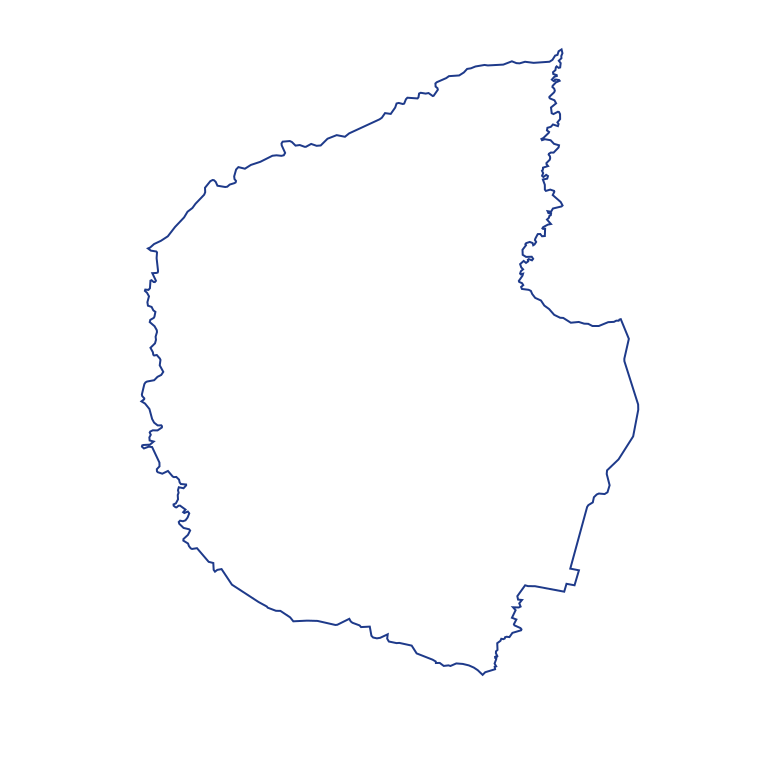 Makueni, Eastern, Kenya (Robinson projection), rotated 261°
{"feature_id": "3690345B23299491685856", "entity_name": "Makueni", "entity_type": "district", "adm_level": 2, "iso_a3": "KEN", "parent_name": "Kenya", "parent_adm1": "Eastern", "projection": "robinson", "projection_center": [37.731, -1.955], "detail": "fine", "context": "isolated", "style": "outline", "palette": "blue", "viewbox_px": 768, "rotation_deg": 261, "n_neighbors": 0, "source": "geoboundaries", "source_scale": "gbopen_adm2", "svg_char_len": 6145}
<svg xmlns="http://www.w3.org/2000/svg" viewBox="0 0 768 768"><g transform="rotate(261 384 384)"><path d="M153.6,298.3L153.5,300.2L157.5,313.0L154.7,314.0L153.1,315.5L149.4,322.1L147.5,323.3L146.6,332.0L137.3,332.2L135.3,333.6L133.9,337.2L133.9,340.5L136.2,348.5L132.0,347.3L128.9,348.5L126.1,355.9L125.9,358.6L121.3,370.4L112.8,374.1L104.1,388.9L101.8,391.7L100.3,391.6L99.8,395.4L96.2,398.9L96.0,403.7L95.1,405.5L96.7,411.7L95.2,418.0L92.8,423.8L89.9,428.3L86.7,431.8L81.3,435.9L83.5,438.9L84.9,449.1L87.4,449.1L87.6,450.6L90.6,449.5L94.9,451.9L95.9,451.0L97.1,451.0L97.4,451.9L96.8,452.7L97.4,453.4L100.6,452.4L102.4,452.8L103.6,454.5L110.3,455.3L112.1,458.8L114.0,460.0L113.3,462.1L113.8,463.5L114.9,463.9L115.2,465.5L114.4,468.3L118.1,471.9L119.3,480.9L120.2,481.4L121.6,480.6L125.2,475.1L126.4,474.7L130.7,477.9L133.1,473.8L140.0,478.6L143.3,476.5L142.2,482.1L142.8,484.1L146.2,483.3L149.1,486.5L150.1,482.7L153.6,482.5L163.1,491.9L161.8,494.7L160.7,501.4L150.7,529.5L158.1,533.0L155.4,540.7L169.5,547.4L172.5,539.1L230.8,565.4L232.4,566.9L234.4,571.7L239.3,573.6L241.6,576.8L242.2,579.1L240.8,584.7L242.1,587.8L248.7,591.0L260.3,589.9L263.8,590.8L272.9,603.9L293.3,621.9L318.8,631.1L324.0,631.8L368.9,625.0L371.3,625.3L390.3,632.9L411.0,628.0L410.8,626.6L409.8,625.7L410.2,623.3L409.4,620.8L410.0,615.1L407.7,605.3L408.7,598.9L411.5,595.1L412.3,591.1L414.8,586.1L415.3,578.1L421.2,571.4L421.9,568.3L425.7,562.9L432.2,558.8L436.4,554.6L441.9,552.1L445.4,546.8L449.6,544.5L453.0,543.6L454.4,541.6L456.3,535.1L458.4,534.6L459.9,537.0L462.0,536.1L463.7,533.5L464.7,533.3L469.3,537.7L471.2,538.6L470.9,536.2L471.8,535.7L474.0,536.9L475.5,539.3L477.7,537.8L481.1,537.2L483.7,541.2L481.4,543.2L482.6,545.6L484.2,545.5L484.7,546.5L483.0,549.5L484.3,550.9L486.6,549.8L487.3,544.2L489.9,541.2L494.9,541.8L498.9,546.0L500.0,545.5L500.9,546.5L501.5,550.2L500.0,552.8L497.7,553.1L498.3,554.5L500.5,556.5L502.6,555.6L503.9,556.2L508.0,559.3L507.7,561.8L505.2,563.2L505.0,566.0L512.1,567.4L512.3,565.4L512.9,564.8L514.0,565.7L515.8,570.8L515.9,573.9L520.9,570.7L522.3,572.8L524.2,573.7L524.6,575.1L526.3,575.7L527.1,573.1L529.1,572.6L528.0,575.9L530.9,578.3L531.6,587.1L532.4,588.3L536.1,587.0L544.2,580.2L547.2,582.3L548.1,582.2L550.0,578.6L549.4,574.1L550.8,573.3L555.6,574.0L561.1,572.9L561.3,577.3L563.7,578.5L565.2,576.9L563.5,573.8L564.9,572.7L567.4,574.2L569.9,573.4L570.7,574.4L572.8,574.9L573.6,580.1L575.7,578.9L576.8,579.0L579.6,582.8L581.2,583.5L583.0,583.5L584.8,582.5L585.6,582.9L586.5,585.0L586.0,587.7L590.3,593.4L592.4,594.2L594.6,589.5L598.7,586.7L600.6,581.2L600.1,578.2L601.4,577.8L602.0,579.8L606.3,586.0L607.1,586.5L609.0,584.6L611.5,585.5L611.9,589.0L613.9,591.5L611.5,596.1L613.5,597.1L615.3,596.2L618.1,599.4L623.0,600.1L625.2,599.4L625.7,598.4L624.1,593.6L625.2,592.0L631.0,592.2L634.3,597.9L637.6,596.7L640.0,592.7L641.0,592.1L641.8,592.3L645.5,597.7L646.9,598.6L649.1,598.3L651.0,596.8L652.1,597.2L655.0,601.0L656.0,604.9L656.8,604.5L657.8,601.5L657.9,600.6L656.8,600.1L656.6,599.0L658.4,597.4L660.8,600.3L661.2,602.9L662.1,602.9L663.7,599.7L665.5,599.7L667.2,602.4L669.9,603.3L670.7,604.2L668.9,606.0L669.1,607.5L673.3,608.7L675.9,607.2L678.0,610.2L680.2,610.4L682.8,612.0L686.7,611.7L685.3,608.5L681.9,606.8L681.6,604.4L677.8,601.1L676.4,597.9L677.8,582.0L680.2,573.7L679.5,568.1L680.2,565.0L682.7,560.8L680.8,551.8L682.4,536.4L683.4,533.2L683.3,524.0L682.2,519.2L682.2,515.4L679.2,511.6L677.0,506.5L677.9,496.3L676.4,493.3L673.8,483.3L672.8,481.8L669.7,481.5L667.8,483.1L666.2,483.2L660.9,478.1L660.8,477.2L664.4,473.5L664.3,470.6L665.9,465.8L665.4,464.1L661.8,462.9L660.8,461.8L663.1,451.9L661.8,450.2L657.8,447.8L657.6,446.4L659.3,442.5L659.1,440.3L655.3,438.3L649.7,432.9L651.4,427.4L647.3,423.5L646.1,421.0L637.0,388.8L634.3,384.1L637.2,376.2L635.1,366.6L629.5,358.8L629.8,354.7L632.5,349.6L630.5,344.0L630.7,342.7L633.2,338.2L633.3,333.9L637.4,330.9L638.7,329.0L639.2,321.8L637.6,320.4L635.7,320.3L627.7,322.5L625.6,320.8L625.4,318.4L626.7,313.6L626.9,309.5L622.8,296.6L621.2,286.8L618.4,280.3L621.0,274.1L619.0,271.5L612.5,268.5L609.8,268.4L607.7,269.6L606.3,269.0L605.8,267.7L605.1,262.8L603.4,260.1L603.4,258.0L605.9,250.5L610.0,249.4L611.9,247.9L612.3,246.7L611.5,244.2L605.8,237.9L601.4,237.4L599.1,236.0L591.5,226.0L587.8,222.3L584.9,216.9L579.8,212.6L571.8,202.2L563.7,193.6L560.3,186.0L558.2,178.8L555.4,174.4L554.8,172.1L552.2,174.6L550.5,179.8L549.5,180.4L543.9,179.1L530.8,178.5L529.5,177.9L529.3,176.7L529.7,172.5L521.6,174.9L520.5,173.6L520.8,172.4L522.9,170.6L522.6,169.5L515.2,167.8L513.8,166.1L514.6,163.0L513.4,162.4L511.2,164.2L507.4,165.6L501.8,163.1L498.3,163.1L496.5,166.5L492.8,167.7L491.0,169.5L486.4,167.8L485.3,166.9L483.9,163.2L481.8,162.3L477.0,166.4L472.7,168.0L470.8,167.9L466.4,165.8L463.3,165.7L460.0,164.2L456.3,159.0L451.5,160.7L449.0,160.7L448.1,161.4L448.2,164.1L444.2,166.6L442.8,167.0L437.5,165.4L430.5,167.9L427.8,165.4L426.5,161.4L423.7,157.6L423.5,150.3L422.9,148.7L421.4,147.3L411.5,143.2L409.9,143.3L407.3,145.0L406.4,144.7L404.8,141.7L402.1,144.9L396.0,148.4L385.7,149.5L381.8,150.9L378.5,154.0L378.0,157.6L377.0,158.1L375.8,157.8L373.6,153.1L374.4,148.3L373.6,145.7L372.7,145.0L370.3,145.7L368.0,143.9L364.9,143.7L363.2,147.5L360.7,143.3L361.4,136.9L361.2,135.6L360.0,135.1L357.9,136.8L358.9,141.8L358.0,145.1L341.5,149.9L337.8,149.4L335.4,146.3L333.3,146.1L332.3,146.7L330.1,151.0L331.9,157.0L325.7,160.8L324.9,161.9L324.7,164.3L321.6,166.6L318.7,166.8L317.0,167.7L315.7,172.8L314.8,172.7L312.4,169.7L314.1,165.2L311.3,163.9L308.7,164.1L306.6,162.9L302.3,162.5L298.7,159.8L298.0,157.3L296.7,157.2L294.9,158.8L294.6,159.8L295.9,162.0L295.8,163.5L291.0,168.3L288.8,165.6L287.8,166.6L288.7,170.3L286.7,171.4L282.8,169.1L280.4,166.6L279.9,164.0L280.9,161.2L279.8,159.7L278.0,159.9L273.2,163.5L271.0,168.8L269.6,169.6L265.6,166.7L262.3,161.7L260.7,161.3L257.1,165.5L254.4,166.0L251.9,167.4L251.1,168.6L251.1,173.6L235.8,183.0L233.9,187.4L227.1,186.7L225.1,187.7L226.5,190.3L226.6,194.6L209.6,202.4L188.3,226.0L182.5,233.5L181.3,234.1L176.9,241.8L176.1,246.2L168.2,254.8L163.8,257.3L162.3,271.1L160.4,281.3L153.6,298.3Z" fill="none" stroke="#1e3a8a" stroke-width="2"/></g></svg>